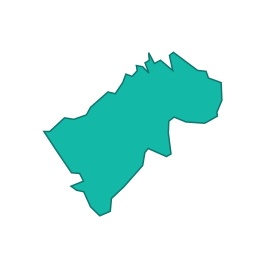 Charles City, Virginia, United States of America (Robinson projection), rotated 302°
{"feature_id": "52423323B29460047799431", "entity_name": "Charles City", "entity_type": "district", "adm_level": 2, "iso_a3": "USA", "parent_name": "United States of America", "parent_adm1": "Virginia", "projection": "robinson", "projection_center": [-77.041, 37.362], "detail": "fine", "context": "isolated", "style": "filled", "palette": "teal", "viewbox_px": 256, "rotation_deg": 302, "n_neighbors": 0, "source": "geoboundaries", "source_scale": "gbopen_adm2", "svg_char_len": 794}
<svg xmlns="http://www.w3.org/2000/svg" viewBox="0 0 256 256"><g transform="rotate(302 128 128)"><path d="M185.4,197.5L188.5,195.0L201.3,192.9L215.8,183.0L213.0,169.7L217.4,164.2L213.7,156.5L216.2,126.4L211.5,124.7L200.4,135.5L202.7,119.7L196.7,116.2L202.8,105.6L196.6,110.2L192.3,107.9L185.6,116.7L187.7,107.9L185.4,102.0L181.4,105.5L173.9,104.1L172.6,97.7L163.7,99.5L150.3,99.0L147.9,91.9L125.7,85.3L117.0,85.8L106.6,77.4L103.0,68.8L83.6,63.5L80.5,58.5L71.3,78.5L60.1,103.8L63.8,111.1L59.4,118.4L48.4,110.5L48.0,117.4L50.5,124.3L41.3,138.0L38.6,150.6L48.0,157.1L59.5,151.3L75.8,155.6L104.0,160.3L116.1,155.3L121.3,155.9L124.2,175.8L128.8,178.2L145.2,164.8L155.4,159.0L161.7,161.3L163.8,173.8L172.3,189.8L173.5,191.0L185.4,197.5Z" fill="#14b8a6" stroke="#0f766e" stroke-width="1.5"/></g></svg>